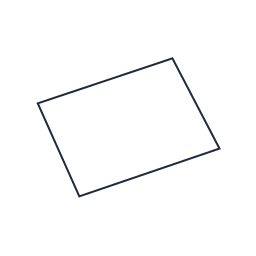 outline of Timisoara, Timis, Romania, rotated 17°
{"feature_id": "2599482B91737143557292", "entity_name": "Timisoara", "entity_type": "district", "adm_level": 2, "iso_a3": "ROU", "parent_name": "Romania", "parent_adm1": "Timis", "projection": "natural_earth1", "projection_center": [21.325, 45.796], "detail": "fine", "context": "isolated", "style": "outline", "palette": "slate", "viewbox_px": 256, "rotation_deg": 17, "n_neighbors": 0, "source": "geoboundaries", "source_scale": "gbopen_adm2", "svg_char_len": 223}
<svg xmlns="http://www.w3.org/2000/svg" viewBox="0 0 256 256"><g transform="rotate(17 128 128)"><path d="M221.5,120.9L150.1,48.4L34.5,130.8L101.4,207.6L221.5,120.9Z" fill="none" stroke="#1e293b" stroke-width="2"/></g></svg>